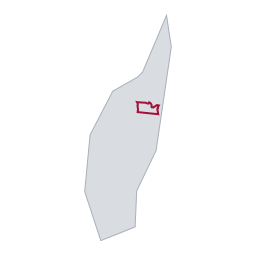 location of Ngellau, Ngiwal, Palau
{"feature_id": "81905179B11216366066462", "entity_name": "Ngellau", "entity_type": "district", "adm_level": 2, "iso_a3": "PLW", "parent_name": "Palau", "parent_adm1": "Ngiwal", "projection": "robinson", "projection_center": [134.631, 7.567], "detail": "fine", "context": "in_parent", "style": "outline", "palette": "rose", "viewbox_px": 256, "rotation_deg": 0, "n_neighbors": 0, "source": "geoboundaries", "source_scale": "gbopen_adm2", "svg_char_len": 1310}
<svg xmlns="http://www.w3.org/2000/svg" viewBox="0 0 256 256"><path d="M135.1,226.9L100.8,240.6L84.7,191.6L90.1,134.8L112.8,91.1L137.5,77.1L142.6,72.1L166.5,15.4L171.3,46.7L156.1,150.5L136.7,190.9L135.1,226.9Z" fill="#d9dde1" stroke="#a8b0b8" stroke-width="1"/><path d="M137.0,102.1L137.7,103.4L137.6,104.3L137.8,104.9L137.8,105.3L137.5,106.0L137.6,106.5L138.1,109.8L137.8,110.5L137.9,110.9L137.7,111.2L137.8,111.6L137.7,112.1L158.2,114.2L158.1,113.8L158.1,113.7L158.1,113.4L158.0,113.2L158.0,112.8L158.0,112.7L157.9,112.6L157.9,112.4L157.8,112.1L157.8,111.8L157.8,111.6L157.7,111.4L157.7,111.2L157.6,110.8L157.6,110.7L157.6,110.4L157.5,110.2L157.4,109.9L157.4,109.6L157.3,109.3L157.3,109.2L157.3,108.9L157.3,108.7L157.4,108.4L157.4,108.5L157.5,108.5L157.8,108.4L157.8,108.2L157.9,107.9L157.9,107.7L158.0,107.7L158.0,107.4L158.0,107.2L158.1,106.9L158.1,106.7L158.3,106.5L158.3,106.4L158.4,106.2L158.5,106.1L158.6,105.9L158.5,105.7L158.7,105.4L156.7,105.1L155.5,106.1L154.7,106.6L154.1,106.7L153.9,107.2L153.4,107.5L153.1,107.4L152.2,107.3L151.6,107.2L151.5,106.9L151.6,105.9L151.6,105.2L151.2,104.0L150.2,102.9L149.4,102.4L149.0,102.4L148.9,103.0L148.6,103.6L148.3,103.6L147.3,103.4L145.5,102.7L143.2,102.6L140.1,102.4L139.1,102.3L138.6,102.4L137.0,102.1Z" fill="none" stroke="#9f1239" stroke-width="2"/></svg>